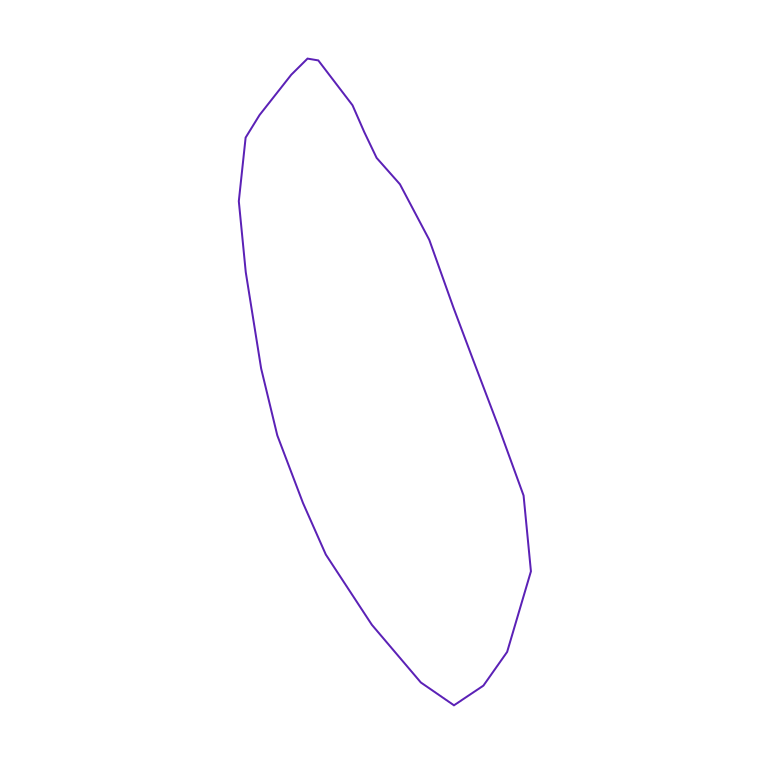 outline of Lakena, Tuvalu, rotated 221°
{"feature_id": "33948139B28516646403189", "entity_name": "Lakena", "entity_type": "district", "adm_level": 2, "iso_a3": "TUV", "parent_name": "Tuvalu", "parent_adm1": "", "projection": "equal_earth", "projection_center": [176.069, -5.648], "detail": "fine", "context": "isolated", "style": "outline", "palette": "violet", "viewbox_px": 768, "rotation_deg": 221, "n_neighbors": 0, "source": "geoboundaries", "source_scale": "gbopen_adm2", "svg_char_len": 490}
<svg xmlns="http://www.w3.org/2000/svg" viewBox="0 0 768 768"><g transform="rotate(221 384 384)"><path d="M120.4,187.4L111.1,221.6L115.3,262.6L150.2,339.0L205.5,391.4L269.2,426.7L333.0,460.9L381.5,487.1L444.4,522.5L503.0,545.2L537.9,549.8L564.2,561.2L590.6,573.7L645.9,585.1L655.2,579.4L656.9,556.6L654.4,505.4L650.1,479.2L613.5,426.7L561.7,377.7L486.9,315.1L430.8,275.2L367.0,241.0L316.0,217.1L235.2,194.3L160.4,182.9L120.4,187.4Z" fill="none" stroke="#5b21b6" stroke-width="2"/></g></svg>